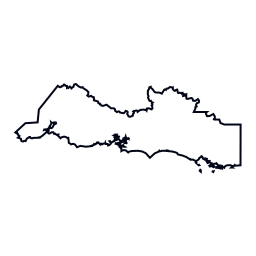 Abau District, Central, Papua New Guinea
{"feature_id": "67681753B18865341537387", "entity_name": "Abau District", "entity_type": "district", "adm_level": 2, "iso_a3": "PNG", "parent_name": "Papua New Guinea", "parent_adm1": "Central", "projection": "albers", "projection_center": [148.82, -10.068], "detail": "fine", "context": "isolated", "style": "outline", "palette": "ink", "viewbox_px": 256, "rotation_deg": 0, "n_neighbors": 0, "source": "geoboundaries", "source_scale": "gbopen_adm2", "svg_char_len": 5915}
<svg xmlns="http://www.w3.org/2000/svg" viewBox="0 0 256 256"><path d="M150.7,86.8L149.4,87.3L148.9,89.2L147.9,90.6L147.8,94.0L148.5,96.5L148.0,97.7L149.3,100.5L149.9,101.0L150.9,100.8L151.9,102.4L152.7,102.6L151.9,103.5L152.4,104.5L151.6,105.5L152.2,106.1L152.4,108.4L151.6,109.4L149.3,108.4L147.1,108.4L146.6,110.5L146.0,109.6L145.4,110.1L143.8,109.6L140.3,109.9L137.7,111.8L137.6,111.0L136.6,110.5L133.6,111.1L133.2,111.5L133.9,112.0L134.0,112.9L133.0,114.0L132.7,115.8L130.0,116.8L128.6,116.4L127.2,113.9L127.7,112.3L127.4,111.5L125.8,110.9L124.3,112.8L123.2,113.2L120.0,112.5L119.4,111.6L118.3,111.4L116.9,112.1L115.1,110.7L115.0,109.3L113.9,108.3L111.1,108.3L106.6,104.7L103.0,105.9L101.3,105.5L100.5,104.3L99.9,104.3L99.7,103.5L98.4,103.2L98.0,101.5L93.9,100.3L94.1,98.7L93.6,98.0L93.8,97.3L91.1,96.3L91.0,95.9L88.7,96.6L87.3,95.5L88.2,94.3L88.4,92.1L86.9,90.5L83.2,88.1L82.6,87.1L81.2,87.6L78.8,86.5L75.8,84.0L74.1,84.6L73.4,86.9L72.5,87.2L71.5,88.4L69.9,86.5L69.4,86.6L68.4,88.0L67.6,87.5L67.0,87.9L66.9,85.9L65.4,85.8L64.6,84.6L64.0,84.5L63.1,85.7L61.6,86.1L61.5,86.7L60.5,87.2L59.3,87.0L57.8,85.8L38.9,109.5L37.6,122.4L25.4,123.2L15.4,132.4L16.6,133.0L16.9,132.6L17.2,132.8L17.4,133.1L16.9,133.5L17.8,134.0L18.4,135.5L20.2,136.0L19.2,136.1L18.9,137.0L18.0,137.7L20.9,138.7L21.4,141.0L22.7,141.5L23.5,141.4L24.1,140.8L25.6,141.1L26.7,138.8L29.3,137.0L30.2,137.1L30.4,137.9L32.0,138.4L33.3,137.9L39.5,137.7L39.4,137.3L40.0,137.3L42.2,135.9L47.1,131.6L47.1,131.2L45.3,129.5L44.0,130.0L44.1,129.6L45.3,129.3L46.9,130.2L46.8,129.3L48.8,128.2L49.4,126.7L50.0,127.1L50.1,125.7L51.4,123.5L51.2,122.4L51.7,122.9L54.9,122.3L56.7,122.8L54.6,123.0L54.2,123.7L55.1,124.0L54.1,124.5L52.4,127.5L51.4,128.1L49.8,127.9L48.5,129.4L48.7,131.0L47.4,132.3L49.1,133.6L52.0,132.2L53.1,132.2L54.2,133.9L54.9,133.5L56.7,134.9L58.4,134.5L58.2,136.0L60.5,138.2L61.3,137.4L64.1,136.6L66.3,137.2L67.5,138.1L68.3,137.9L68.9,143.0L70.6,143.8L71.1,144.4L73.0,143.8L75.0,144.5L77.0,147.2L80.4,145.9L85.9,146.7L91.6,146.1L91.4,145.8L96.1,144.0L94.9,144.4L94.0,144.3L94.1,144.0L94.7,144.2L97.8,143.0L96.7,143.0L97.2,142.3L98.2,142.3L100.4,144.7L101.0,144.4L100.8,142.8L101.2,144.0L102.4,144.3L103.2,143.6L105.2,143.5L105.4,142.8L105.8,144.0L107.7,144.0L108.1,145.5L108.9,145.2L110.4,144.2L111.1,143.0L109.5,141.2L109.9,141.1L110.2,141.9L112.0,142.3L113.3,141.3L114.0,141.4L114.8,140.6L113.8,139.6L115.0,140.0L116.1,138.7L116.2,138.2L115.3,138.4L114.4,137.5L114.4,136.8L113.8,136.8L114.7,136.7L114.7,137.4L115.6,138.2L116.2,137.8L115.6,135.5L114.0,135.3L114.8,134.6L115.2,134.6L114.4,135.1L117.0,135.3L116.9,135.8L115.9,135.7L116.4,136.5L119.9,136.6L116.6,137.2L116.6,139.5L116.8,139.9L118.6,138.9L120.0,140.5L120.5,141.8L121.8,140.7L123.0,140.7L123.3,138.4L124.5,137.8L125.4,137.9L125.7,136.7L126.3,138.6L128.4,138.1L128.9,138.7L128.8,139.0L128.2,138.4L127.9,138.8L127.4,138.6L126.1,139.0L125.0,139.6L123.7,141.3L124.8,141.5L125.8,141.1L125.9,141.5L125.0,142.9L126.5,142.9L127.3,143.6L126.4,143.1L124.7,143.0L125.6,141.3L124.5,141.7L122.8,141.7L120.7,142.7L119.6,144.5L118.2,145.3L120.0,145.1L121.6,145.7L122.5,145.4L122.2,145.9L123.1,145.9L124.7,146.8L124.1,146.9L123.8,146.5L122.4,146.1L121.4,146.6L120.6,146.2L119.8,146.5L119.9,147.0L121.0,146.8L121.4,147.6L122.4,147.6L120.6,147.7L121.5,149.6L121.4,151.0L122.6,150.3L124.6,150.1L126.0,150.5L128.2,152.5L129.2,151.6L131.9,151.0L138.1,150.8L142.3,151.5L145.9,153.3L149.9,157.8L154.7,153.4L158.9,151.5L159.2,150.9L159.5,151.4L162.0,150.8L166.2,150.8L166.7,150.3L167.5,150.5L167.0,151.0L172.2,151.5L175.7,152.4L177.3,153.2L177.8,154.4L182.4,155.5L186.3,157.0L190.2,159.5L190.4,159.2L190.9,159.7L192.9,159.6L196.1,161.2L198.8,159.3L199.2,158.1L201.0,157.0L201.4,156.2L201.9,156.3L202.1,156.6L201.6,156.8L202.8,157.7L203.0,158.7L204.7,159.6L205.2,158.3L206.8,158.8L206.5,159.8L208.0,160.8L207.4,161.7L206.8,161.7L207.7,163.1L208.0,163.0L208.8,161.2L209.7,161.0L209.8,162.6L212.6,163.6L212.0,163.7L212.9,164.8L210.4,165.0L209.3,165.8L209.8,166.5L211.4,166.1L213.8,167.2L214.5,166.7L213.3,165.3L213.1,164.5L213.9,163.9L215.2,163.5L216.4,163.9L216.6,163.5L218.2,165.3L217.7,166.8L216.4,167.1L216.3,167.8L218.5,167.9L220.6,168.5L221.3,168.2L221.9,168.5L221.8,167.3L220.6,167.0L219.5,167.6L218.6,167.5L218.0,166.9L218.8,166.7L218.1,166.1L219.1,165.5L219.5,165.9L220.2,165.5L222.0,165.8L222.8,166.6L222.9,167.3L224.3,167.8L224.9,166.5L226.0,165.7L227.9,165.2L230.5,165.2L232.3,166.2L233.8,165.9L234.7,165.0L235.1,165.7L240.5,165.3L240.6,124.5L224.2,124.5L220.5,123.0L219.3,119.6L214.2,119.5L213.9,119.2L214.8,118.0L214.8,116.3L213.3,114.0L209.8,115.9L207.7,116.2L206.9,116.0L205.9,113.5L206.0,112.8L206.9,112.0L193.8,112.0L195.4,108.5L195.4,107.1L196.6,106.5L196.0,105.2L196.3,104.1L196.9,103.2L198.7,102.5L199.1,101.5L198.9,100.5L197.9,99.1L195.3,100.9L193.1,100.7L192.5,98.6L191.4,98.0L187.7,98.9L186.6,98.7L186.3,98.1L186.3,95.4L185.8,95.1L186.1,94.3L185.2,94.5L184.6,95.7L183.2,96.0L183.5,94.0L182.3,94.1L182.5,92.8L180.4,93.0L179.6,92.7L178.5,93.1L177.9,92.8L177.2,89.6L176.4,89.7L174.9,90.9L173.7,90.2L172.9,89.1L172.8,87.4L172.4,87.6L170.0,87.0L168.0,88.5L166.7,88.6L166.0,89.9L165.0,89.4L164.3,89.6L161.8,93.7L159.9,92.7L155.3,92.4L154.3,91.7L152.6,89.2L150.8,87.7L150.7,86.8ZM119.9,142.5L117.0,143.3L116.8,144.1L117.9,144.7L119.5,144.1L120.1,143.1L119.9,142.5ZM125.5,139.2L125.7,138.7L125.3,138.2L123.9,138.2L123.6,138.5L124.4,139.8L125.5,139.2ZM119.8,145.4L119.0,145.5L119.5,146.6L120.1,146.0L121.7,146.0L119.8,145.4ZM200.3,169.8L199.7,170.8L200.8,171.8L200.9,170.3L200.3,169.8ZM213.6,171.2L212.7,171.3L212.6,171.6L213.3,172.0L213.6,171.2ZM196.5,163.3L196.5,162.8L195.8,162.3L195.7,162.6L196.5,163.3ZM116.3,144.0L116.3,143.4L116.0,143.2L115.7,143.8L116.3,144.0ZM199.3,165.2L199.0,164.8L198.4,164.9L198.6,165.3L199.3,165.2ZM232.4,167.5L232.0,167.2L231.6,167.5L232.4,167.5ZM117.5,136.8L117.0,136.7L116.7,136.9L117.1,137.0L117.5,136.8Z" fill="none" stroke="#020617" stroke-width="2"/></svg>